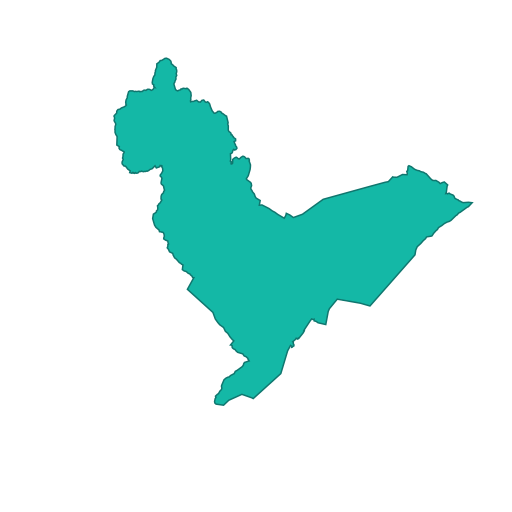 Piura, Piura, Peru (Albers equal-area conic projection), rotated 291°
{"feature_id": "86281439B64681536728505", "entity_name": "Piura", "entity_type": "district", "adm_level": 2, "iso_a3": "PER", "parent_name": "Peru", "parent_adm1": "Piura", "projection": "albers", "projection_center": [-80.324, -5.19], "detail": "fine", "context": "isolated", "style": "filled", "palette": "teal", "viewbox_px": 512, "rotation_deg": 291, "n_neighbors": 0, "source": "geoboundaries", "source_scale": "gbopen_adm2", "svg_char_len": 6091}
<svg xmlns="http://www.w3.org/2000/svg" viewBox="0 0 512 512"><g transform="rotate(291 256 256)"><path d="M344.4,76.4L343.3,74.7L342.8,74.5L341.3,74.1L339.5,74.7L336.2,73.3L335.5,73.4L334.9,74.1L333.7,74.7L331.8,74.9L331.0,75.5L329.7,77.2L328.7,77.9L326.1,78.1L325.0,78.6L323.6,78.9L322.8,79.4L320.9,80.1L319.1,81.7L317.8,83.5L309.7,86.3L309.1,89.2L307.7,89.4L306.8,90.4L306.5,91.1L306.5,92.8L306.2,93.6L306.1,95.4L305.4,95.8L303.5,95.4L301.1,96.2L299.6,96.3L298.7,97.4L295.7,97.3L294.1,98.0L292.7,100.5L293.1,102.0L291.1,105.3L290.4,108.1L288.6,108.2L288.8,110.5L289.3,110.7L289.4,111.4L289.8,111.0L290.0,111.1L289.7,113.1L290.6,113.5L290.3,114.4L291.0,115.7L291.8,116.4L293.1,116.7L293.5,118.2L294.2,118.7L294.3,120.6L295.0,121.5L295.1,122.2L296.2,123.7L296.2,124.1L297.3,125.2L298.7,125.9L300.3,127.8L304.0,129.4L302.5,131.4L304.8,134.1L306.1,134.1L306.0,134.5L306.5,135.1L306.4,135.9L305.5,135.9L305.2,136.6L304.3,137.4L302.1,138.5L299.2,138.2L297.7,137.6L296.4,137.8L296.0,138.9L294.9,140.3L290.7,141.0L289.6,141.5L289.2,142.0L288.5,144.0L288.0,144.7L285.5,146.3L284.7,147.1L283.2,146.7L281.8,146.9L279.6,145.9L277.8,146.0L275.1,146.9L274.6,147.9L274.3,148.0L271.1,147.4L270.0,146.7L268.5,146.5L267.6,146.0L265.7,147.1L263.8,147.6L262.3,146.9L261.4,147.2L260.9,147.1L258.3,145.2L253.9,146.1L248.5,150.2L246.9,152.3L245.5,156.2L244.1,157.2L244.5,158.7L244.5,159.7L244.8,160.3L244.5,161.2L243.3,162.4L241.6,163.3L240.0,163.4L238.9,163.7L238.4,165.9L238.4,168.3L236.4,169.4L235.9,170.1L234.9,169.6L233.7,170.2L231.8,170.2L230.9,171.8L228.9,173.8L228.6,177.3L227.1,178.4L225.1,180.7L224.5,182.8L222.3,186.9L222.2,188.4L221.7,189.2L221.5,191.0L216.9,192.1L216.3,194.3L216.5,196.5L215.5,199.0L215.6,200.6L215.0,201.4L214.1,203.8L213.5,204.2L213.1,205.0L213.4,205.7L200.3,203.9L187.9,236.0L182.6,240.6L180.1,244.4L178.8,246.8L177.6,251.4L174.7,254.4L173.7,257.4L171.2,260.7L169.5,263.8L168.8,265.7L163.8,264.1L164.0,264.9L163.8,265.8L162.3,266.4L161.7,267.1L161.2,268.6L161.2,269.9L160.2,271.5L159.5,273.4L159.9,278.7L158.5,280.7L158.4,283.0L157.5,285.1L156.7,285.6L155.6,287.2L152.5,283.4L151.0,283.1L149.5,283.3L147.8,282.8L142.4,279.3L140.9,278.0L138.4,277.8L135.2,275.0L133.5,274.3L132.8,273.2L131.2,271.7L129.0,270.5L122.9,270.3L122.1,270.4L120.3,271.5L119.0,271.6L116.9,270.7L114.0,270.3L113.2,269.6L110.6,268.4L109.5,269.3L108.2,269.0L105.2,269.5L103.9,270.4L103.4,271.8L105.1,279.2L111.6,282.3L121.8,292.4L122.1,302.9L121.9,304.5L155.1,321.3L178.8,319.5L184.9,320.3L184.5,322.0L183.6,322.1L184.0,322.6L184.7,322.8L185.7,323.6L187.0,323.0L187.4,322.3L188.9,321.7L189.1,321.0L192.4,322.8L193.6,323.0L193.3,324.4L194.5,324.8L194.2,325.4L201.2,327.6L203.4,327.9L203.4,327.4L204.8,327.6L214.4,329.7L217.2,330.5L217.2,332.2L217.8,332.9L216.3,333.5L216.5,335.6L215.9,337.8L217.0,345.7L230.1,343.3L233.1,343.4L244.8,347.3L249.3,370.2L250.2,380.3L314.0,404.0L319.0,403.0L322.5,403.2L326.6,405.3L330.4,406.7L333.0,408.1L334.7,408.3L335.4,409.1L337.2,412.3L337.9,413.1L340.8,413.7L344.2,415.0L345.7,415.9L347.5,416.1L348.5,416.6L350.9,418.5L353.8,420.2L356.2,422.3L357.6,424.1L359.2,425.3L365.3,428.1L366.6,429.1L368.6,429.7L369.9,430.9L377.3,435.7L378.1,436.6L383.2,438.7L382.3,435.1L380.1,430.4L380.0,428.8L380.4,426.9L380.4,425.4L380.9,424.5L380.8,423.3L381.2,420.9L382.9,419.4L383.5,418.1L383.5,415.0L383.9,413.9L383.5,413.2L382.7,412.7L382.8,411.6L382.3,410.8L383.9,410.8L389.6,409.4L391.0,409.5L392.6,405.3L391.3,403.6L389.6,402.0L390.4,400.4L391.0,396.8L390.4,395.6L389.9,393.8L390.6,391.6L393.8,385.4L393.7,384.7L394.2,382.3L393.8,379.6L394.1,378.0L393.7,375.8L393.8,373.0L395.0,369.1L395.1,366.4L394.2,365.9L390.4,366.9L389.6,366.9L389.1,366.4L387.3,367.7L386.0,367.9L384.6,363.6L380.0,359.4L378.8,355.9L378.9,355.3L372.8,352.9L371.1,350.1L361.9,337.5L333.0,298.4L311.6,284.4L305.3,277.1L306.4,272.9L306.7,269.0L304.5,269.3L301.4,268.8L302.6,261.5L303.6,257.9L303.9,255.2L305.0,251.1L305.8,243.3L304.6,240.9L309.3,240.0L310.1,235.4L311.2,233.9L313.3,232.2L314.6,229.8L315.8,228.6L316.4,227.6L317.6,226.7L320.1,226.7L322.1,225.5L322.8,224.5L323.9,220.2L324.6,219.3L328.2,220.0L334.5,219.5L337.0,218.9L339.1,218.2L342.3,215.5L343.1,215.5L344.3,214.5L344.4,213.8L343.4,211.7L344.4,210.0L344.6,208.8L344.4,207.9L342.4,206.4L341.8,206.3L340.6,205.5L340.5,204.5L341.2,202.4L341.0,201.9L339.7,200.7L337.9,199.7L334.2,200.9L333.2,200.4L333.1,199.7L335.3,198.9L335.4,198.0L336.8,197.9L342.3,195.5L343.2,196.5L344.2,196.8L346.1,196.6L347.5,196.9L347.3,198.1L347.7,198.2L348.0,199.0L349.6,199.6L350.7,199.0L351.5,197.6L352.8,196.7L353.2,196.0L355.0,194.5L356.2,195.7L358.0,195.0L358.6,192.5L359.2,192.2L359.4,191.5L360.5,190.2L360.3,189.3L361.2,188.9L362.0,188.1L362.5,186.1L363.6,185.0L367.6,183.5L369.1,182.2L370.2,182.3L370.9,181.9L376.1,178.3L376.0,177.5L377.0,174.1L377.1,172.8L377.8,172.1L378.1,170.3L377.4,168.6L376.2,168.0L374.8,166.9L374.3,165.8L375.8,163.1L378.9,160.1L381.4,158.2L382.1,157.1L382.7,155.6L381.7,154.6L381.6,153.5L382.9,151.3L381.9,149.7L379.7,148.9L379.3,147.0L380.1,144.8L378.7,143.0L378.0,142.4L377.3,140.7L376.5,139.7L377.4,139.2L379.0,139.0L380.0,138.4L382.5,138.0L385.4,136.5L387.3,133.6L387.9,131.8L387.8,131.2L387.2,130.9L386.5,127.8L385.6,127.3L385.1,126.1L384.2,126.1L383.1,124.6L382.1,123.8L382.1,122.2L382.9,120.9L387.0,117.8L387.8,117.6L389.1,117.9L390.5,117.7L392.5,117.9L394.4,117.0L396.1,117.3L397.7,116.1L399.5,116.0L401.2,115.3L401.9,114.5L403.3,113.9L403.9,111.2L404.8,109.4L405.1,108.0L406.6,107.3L407.5,106.5L408.4,104.5L408.6,101.6L407.9,100.2L404.9,98.0L404.1,96.5L402.3,96.1L399.7,94.5L398.9,95.0L397.9,95.2L396.7,95.7L393.2,95.6L392.0,96.1L391.1,96.0L388.6,96.7L387.2,96.2L384.6,96.2L380.9,96.9L379.5,97.7L379.2,99.2L377.9,99.6L377.0,101.2L376.9,100.7L376.4,100.4L374.6,100.2L373.1,98.9L373.4,97.3L373.3,96.3L372.7,94.9L371.1,93.9L371.1,92.9L370.4,91.7L368.7,90.7L368.4,89.6L367.7,88.8L368.0,87.8L366.7,85.6L366.6,84.6L365.9,83.5L366.0,81.9L364.9,79.0L363.7,78.2L359.0,78.6L357.6,79.1L355.1,78.8L352.7,79.3L351.9,79.9L351.1,80.0L350.5,80.9L349.4,80.5L348.1,79.6L345.9,77.2L344.4,76.4Z" fill="#14b8a6" stroke="#0f766e" stroke-width="1.5"/></g></svg>